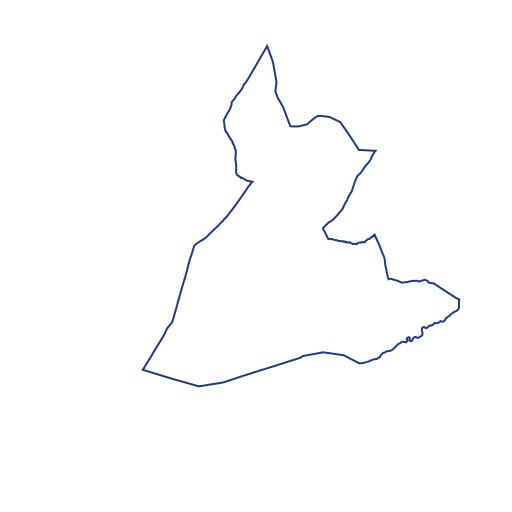 outline of Chalcatongo de Hidalgo, Oaxaca, Mexico, rotated 234°
{"feature_id": "50627088B84584796932653", "entity_name": "Chalcatongo de Hidalgo", "entity_type": "district", "adm_level": 2, "iso_a3": "MEX", "parent_name": "Mexico", "parent_adm1": "Oaxaca", "projection": "natural_earth1", "projection_center": [-97.566, 16.998], "detail": "fine", "context": "isolated", "style": "outline", "palette": "blue", "viewbox_px": 512, "rotation_deg": 234, "n_neighbors": 0, "source": "geoboundaries", "source_scale": "gbopen_adm2", "svg_char_len": 4577}
<svg xmlns="http://www.w3.org/2000/svg" viewBox="0 0 512 512"><g transform="rotate(234 256 256)"><path d="M230.5,97.5L203.2,118.1L200.5,120.3L196.3,123.6L184.1,133.2L173.1,154.9L169.7,165.3L167.5,172.3L167.4,172.7L161.9,189.3L161.0,191.9L147.7,231.7L147.5,235.2L139.7,251.4L138.8,253.5L124.2,268.6L118.0,271.7L108.5,276.5L107.8,277.3L106.9,279.1L105.4,282.4L104.4,285.3L103.9,287.7L103.5,289.4L103.1,290.7L102.1,292.4L101.6,293.2L101.8,294.6L101.4,296.9L102.2,298.1L102.6,299.8L103.0,301.8L102.3,303.2L102.1,305.7L100.5,308.6L100.0,310.4L100.0,312.2L100.3,313.7L100.4,314.9L100.7,316.7L101.1,319.1L100.8,321.5L100.7,323.6L99.7,325.2L98.4,326.2L98.1,326.3L98.2,328.8L99.1,329.2L100.3,329.1L100.7,330.0L100.5,332.0L99.3,332.2L98.6,331.7L97.4,330.9L96.2,331.0L95.7,332.1L96.2,333.3L97.1,334.9L97.2,336.3L96.7,337.5L94.8,338.6L94.3,339.9L94.2,341.5L94.1,343.8L94.8,344.6L95.5,345.3L96.5,345.7L97.8,346.2L99.2,347.1L100.0,348.0L100.3,349.4L99.4,350.5L98.4,350.8L97.7,351.1L97.3,352.5L97.8,354.6L97.6,355.9L96.7,357.0L96.4,358.3L96.8,361.0L95.1,363.1L94.7,364.7L94.8,367.1L93.9,367.7L93.1,368.4L92.7,369.9L93.1,371.4L93.8,372.4L94.0,373.5L94.0,375.2L93.9,377.6L94.2,379.1L94.5,380.2L94.1,381.7L94.3,382.5L94.2,384.1L93.7,385.5L93.9,388.0L94.8,389.8L101.7,394.9L103.6,393.5L118.4,387.8L129.7,383.5L130.1,382.9L132.7,380.2L135.2,380.1L137.5,378.6L139.6,372.9L140.7,372.2L141.1,371.9L141.9,370.7L143.7,368.3L145.3,365.0L146.0,363.0L147.4,360.8L148.5,358.5L149.6,357.8L153.1,355.7L156.5,353.0L158.4,351.8L159.2,349.6L160.5,349.9L163.5,351.1L166.1,352.3L172.7,355.3L177.8,358.2L179.7,359.0L185.1,360.2L193.6,362.5L195.6,362.8L203.4,364.5L203.7,364.5L203.6,363.8L203.1,363.4L202.9,362.7L203.4,362.0L203.4,361.4L203.3,360.7L203.2,360.1L203.5,359.7L203.4,359.2L203.1,358.2L203.1,357.7L203.5,357.1L203.8,356.3L203.8,354.7L203.8,353.6L203.5,353.0L203.3,352.5L203.4,351.7L203.6,351.2L204.4,350.8L205.1,349.7L205.2,348.5L205.9,347.7L206.4,346.7L206.6,346.1L206.5,345.4L206.4,344.7L206.7,343.9L207.4,343.3L207.9,343.0L208.7,341.4L209.3,341.2L210.1,340.8L210.7,340.3L211.4,340.2L212.1,339.9L212.2,339.3L212.6,338.5L213.1,338.0L213.6,337.7L214.1,337.6L214.4,337.3L214.4,336.6L214.8,336.3L215.3,336.5L215.5,336.4L215.8,335.9L216.1,335.8L216.4,335.5L216.3,335.1L216.9,334.9L217.4,334.3L218.0,333.5L218.3,333.1L219.0,332.6L219.5,331.9L220.0,331.3L220.5,331.0L221.1,330.8L221.6,330.2L222.3,329.5L223.6,328.4L224.8,327.7L227.2,324.5L237.5,326.1L239.2,326.5L240.4,334.4L240.2,336.8L240.1,339.9L240.6,342.2L240.9,343.8L241.1,345.2L242.0,348.6L243.3,353.9L244.3,355.6L246.2,358.9L247.6,362.6L248.4,363.7L249.7,365.7L252.1,371.6L257.7,379.2L261.0,384.7L261.8,390.0L264.4,397.1L265.5,402.3L266.9,405.9L268.2,407.8L270.5,413.0L270.9,414.5L281.3,401.6L300.2,402.6L314.8,402.9L325.3,397.2L331.6,390.4L331.8,390.0L332.0,389.6L332.3,389.3L332.4,389.1L333.0,388.3L333.0,387.8L333.2,385.9L333.2,382.8L333.0,380.0L332.7,376.0L332.6,374.4L333.1,373.2L333.6,372.2L334.0,371.1L334.4,370.0L335.2,368.1L335.8,366.7L336.6,365.5L337.0,365.0L337.2,364.7L337.5,364.3L337.9,363.6L338.9,362.4L339.3,361.9L339.8,361.2L340.8,360.0L360.5,365.5L370.7,366.5L377.8,368.4L384.4,374.7L402.9,383.7L419.3,388.4L403.8,353.5L402.1,348.9L402.1,347.5L401.2,346.1L400.3,344.6L399.2,341.9L398.1,338.3L397.4,334.8L396.2,332.1L394.7,326.7L392.9,325.3L391.7,323.6L390.3,321.6L389.2,319.3L388.3,316.8L387.1,314.3L384.8,309.7L379.8,307.1L378.7,306.2L377.4,305.8L374.7,304.6L373.8,304.9L373.1,304.9L372.3,304.9L369.6,304.5L362.3,304.1L362.0,304.1L360.8,303.3L360.2,303.3L359.7,303.5L359.1,303.4L358.5,303.2L356.8,302.7L355.2,302.1L353.5,301.8L350.0,299.3L346.5,296.2L343.5,294.7L339.8,292.4L338.9,291.7L337.5,290.8L336.5,289.9L335.3,288.9L333.8,288.6L333.2,288.4L332.7,288.3L331.7,288.7L330.2,289.4L327.9,289.7L327.9,290.4L323.2,292.5L322.0,293.1L318.2,296.7L318.0,295.6L317.2,292.8L316.3,289.6L315.9,288.6L314.7,285.3L313.2,281.1L310.1,272.3L308.2,266.2L305.2,256.1L304.3,251.0L303.9,250.3L303.1,244.8L302.3,239.7L301.7,235.2L301.3,232.5L300.9,229.9L300.4,226.6L300.3,225.6L300.4,222.0L300.7,220.3L300.8,219.6L300.9,215.3L300.9,214.0L300.6,212.8L300.4,211.8L300.0,211.2L296.7,207.0L296.0,205.9L295.0,204.6L291.6,199.8L288.3,195.7L284.8,191.7L284.0,190.6L280.3,186.0L277.0,181.5L275.1,179.1L273.8,177.4L271.7,174.7L270.0,172.5L268.2,170.3L265.0,166.2L261.4,161.8L256.5,155.5L254.7,153.3L251.6,149.0L250.2,143.4L249.5,141.3L248.6,139.6L247.3,137.4L246.3,135.6L243.8,129.7L241.1,123.0L240.2,120.8L238.8,117.6L237.0,113.4L236.8,112.9L235.9,110.8L235.4,109.7L234.7,108.0L232.9,103.5L230.5,97.5Z" fill="none" stroke="#1e3a8a" stroke-width="2"/></g></svg>